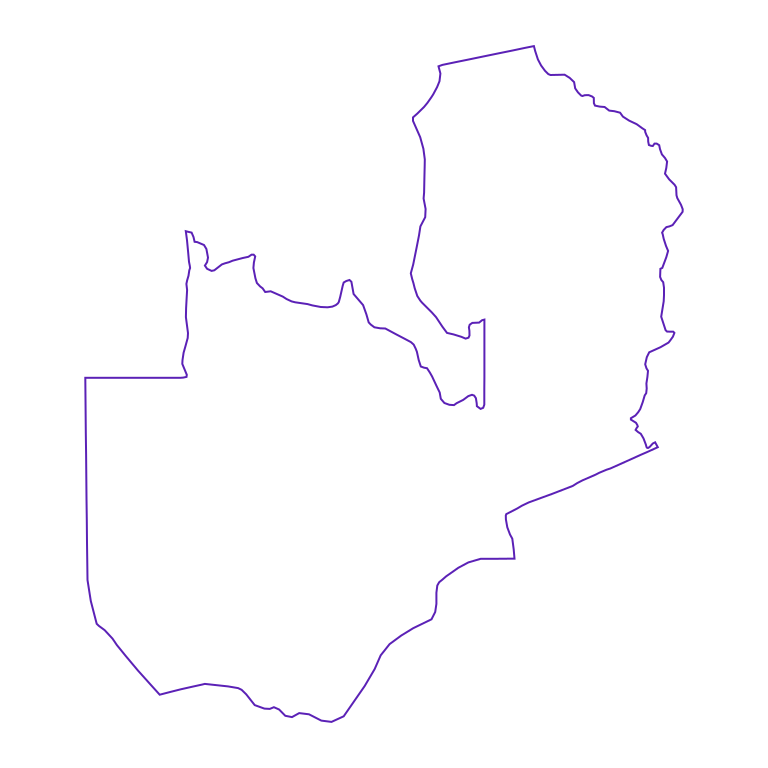 outline of Zambia
{"feature_id": "ZMB", "entity_name": "Zambia", "entity_type": "country or territory", "adm_level": 0, "iso_a3": "ZMB", "parent_name": "Africa", "parent_adm1": "", "projection": "equal_earth", "projection_center": [28.807, -13.118], "detail": "fine", "context": "isolated", "style": "outline", "palette": "violet", "viewbox_px": 768, "rotation_deg": 0, "n_neighbors": 0, "source": "natural_earth", "source_scale": "50m", "svg_char_len": 4593}
<svg xmlns="http://www.w3.org/2000/svg" viewBox="0 0 768 768"><path d="M514.5,558.7L507.1,558.7L494.2,558.8L480.7,558.8L468.4,562.4L458.3,567.8L446.2,576.3L442.3,579.7L439.2,582.2L437.3,585.5L436.4,592.8L436.4,603.9L435.2,612.0L431.5,619.3L413.2,628.2L401.3,635.5L389.6,644.1L380.7,655.3L374.7,669.0L364.7,686.0L354.5,700.7L343.7,716.3L331.5,721.9L321.3,720.6L309.0,714.3L299.2,713.1L292.0,717.1L285.3,715.8L279.1,709.5L273.9,707.2L269.8,708.9L264.4,708.6L254.7,705.1L246.2,694.3L241.6,689.8L238.1,688.1L228.0,686.4L204.8,683.9L202.4,684.5L192.8,686.6L180.8,689.3L170.5,691.9L159.7,694.7L149.5,683.4L138.0,670.6L126.0,656.3L116.9,645.1L112.5,638.6L104.6,630.1L98.9,625.9L96.7,623.8L90.8,601.0L87.5,580.0L87.3,564.3L87.0,542.3L86.8,520.4L86.5,498.5L86.3,476.5L86.1,454.5L85.8,432.5L85.6,410.5L85.4,388.5L85.3,377.8L97.0,377.8L110.4,377.8L124.3,377.8L139.5,377.8L154.7,377.8L169.9,377.8L180.4,377.8L183.2,377.6L186.5,376.9L186.8,374.8L182.3,363.9L182.5,360.1L183.6,352.7L185.4,346.4L187.7,338.0L188.0,333.1L185.9,317.1L186.1,308.1L186.6,298.8L187.1,290.0L186.4,283.9L187.1,280.5L188.5,275.7L189.3,270.3L190.1,268.0L189.8,265.8L189.0,261.8L188.2,252.8L187.0,240.2L185.8,231.2L187.7,231.7L191.6,232.6L193.5,237.0L194.6,241.8L197.2,242.1L204.0,245.0L206.4,249.0L208.0,257.6L207.1,262.1L204.9,265.6L207.1,268.8L211.6,270.9L214.3,270.3L221.9,264.4L225.0,263.3L229.0,262.2L232.6,260.7L242.8,258.0L248.4,256.8L251.5,254.7L253.7,254.7L255.2,256.4L253.9,262.5L253.4,268.0L255.4,278.2L256.9,283.0L260.2,286.5L262.6,288.3L265.2,292.0L270.7,291.3L282.8,296.6L286.5,299.0L291.6,301.4L295.2,302.3L307.6,304.1L312.3,305.4L320.8,307.0L327.6,307.3L332.4,306.6L335.8,305.1L337.9,303.4L338.8,302.0L340.2,296.9L342.7,285.8L343.7,282.5L346.3,281.0L349.5,280.0L351.4,281.8L353.6,294.0L363.1,305.1L366.4,314.4L368.7,322.4L370.8,324.6L374.4,327.3L380.2,328.3L385.3,328.5L396.1,334.3L404.7,338.8L410.9,342.1L413.7,344.6L415.7,348.7L416.9,351.8L418.7,360.0L420.8,366.5L424.1,367.7L427.0,368.2L429.9,372.6L432.1,376.5L436.5,385.9L439.7,392.5L440.8,398.8L444.4,403.0L449.4,404.8L454.0,405.1L456.6,403.2L463.2,399.9L468.3,396.1L472.0,394.8L474.2,395.6L475.9,398.2L476.7,403.3L476.9,406.2L480.6,408.9L483.2,407.8L484.3,404.7L484.3,403.1L484.3,389.2L484.4,377.2L484.4,365.8L484.4,352.0L484.4,339.9L484.4,330.0L484.4,319.6L482.1,320.2L479.1,322.6L472.3,322.9L469.7,324.7L468.9,327.3L469.4,330.8L469.5,335.5L468.5,337.7L465.6,338.6L461.3,336.8L453.5,334.4L447.0,332.9L442.4,326.7L436.1,317.2L431.9,312.5L422.0,302.6L420.3,300.6L417.3,296.0L414.7,288.2L413.4,283.0L412.2,279.1L410.8,273.3L413.2,264.5L416.6,247.6L419.0,235.4L420.4,226.4L425.2,217.2L425.6,209.0L423.6,198.5L424.1,192.6L424.4,177.9L424.7,165.4L424.8,159.4L423.4,148.8L420.2,137.2L413.0,120.9L413.0,117.4L417.3,113.6L424.1,106.9L427.4,102.9L431.4,97.2L433.2,94.4L437.1,87.1L439.5,81.2L440.4,73.5L438.5,66.3L442.4,64.9L454.9,62.3L468.7,59.5L483.2,56.5L497.8,53.5L512.1,50.6L524.9,47.9L533.9,46.1L535.2,51.1L537.9,59.4L541.1,65.5L545.0,70.8L548.3,74.1L550.5,75.0L564.6,74.7L569.7,77.9L574.1,82.1L575.2,88.4L578.0,92.4L581.2,95.6L582.5,96.0L584.8,95.2L588.6,95.1L592.1,96.5L593.8,97.9L593.9,103.2L595.0,105.6L599.7,106.6L604.6,107.0L609.2,110.6L614.3,111.2L620.1,112.7L622.9,116.6L629.1,120.6L636.7,124.2L642.2,128.2L645.1,130.1L645.2,131.9L646.6,135.4L648.1,137.9L648.2,141.6L648.9,145.0L651.1,145.8L652.8,146.0L654.5,143.6L656.7,143.6L659.2,145.2L660.0,149.1L661.9,154.4L665.0,158.0L667.1,161.5L666.3,167.9L665.0,173.7L669.2,179.4L674.6,184.8L676.1,187.2L676.5,195.3L677.3,198.1L681.0,204.8L682.7,209.2L682.6,211.8L672.6,225.1L669.4,226.4L666.4,227.1L663.7,229.9L662.1,232.7L662.7,234.2L663.7,238.8L666.0,245.9L668.1,250.9L666.3,257.2L662.3,267.9L660.4,268.8L660.1,276.9L661.3,279.9L663.2,282.2L664.0,287.7L664.0,295.2L663.7,301.3L661.2,316.7L665.6,330.2L667.1,331.6L673.3,331.7L674.4,332.9L672.9,336.7L670.1,340.6L668.5,342.6L660.5,347.2L649.2,352.3L646.8,357.2L645.2,364.3L646.5,368.4L648.0,370.8L647.4,377.0L646.4,383.5L646.7,388.6L646.2,393.2L644.7,395.4L642.7,402.2L640.2,409.1L638.2,412.2L635.4,415.5L630.9,418.2L630.9,419.6L636.0,422.8L637.3,425.0L637.8,426.5L636.7,427.9L635.6,429.9L638.0,432.0L640.8,433.8L643.5,438.4L645.9,444.7L646.5,447.0L647.1,447.8L648.0,448.0L649.6,447.0L652.8,443.5L655.1,442.3L657.8,447.2L646.8,452.2L641.0,454.7L624.6,462.1L610.3,468.5L606.6,469.7L599.2,472.8L595.5,474.7L582.6,480.3L577.2,483.1L572.8,485.9L562.2,490.0L552.1,493.9L541.1,497.9L528.8,502.4L521.9,505.7L517.2,508.5L506.3,514.1L505.8,515.5L505.9,519.4L507.3,527.3L510.0,534.5L512.3,538.7L513.7,549.4L514.5,558.7Z" fill="none" stroke="#5b21b6" stroke-width="2"/></svg>